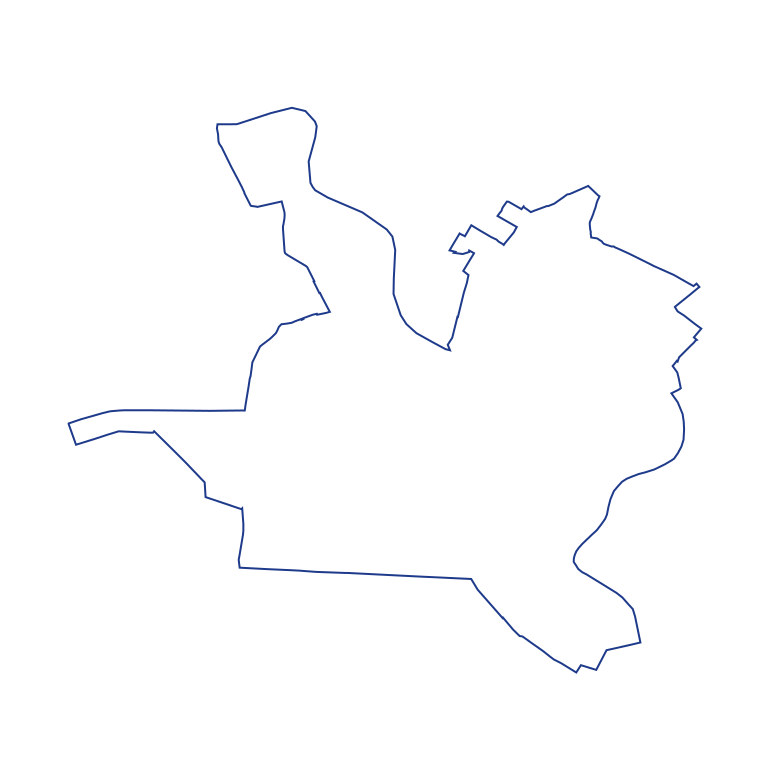 outline of Lubāna, Lubanas, Latvia, rotated 97°
{"feature_id": "27541924B15535016955578", "entity_name": "Lubāna", "entity_type": "district", "adm_level": 2, "iso_a3": "LVA", "parent_name": "Latvia", "parent_adm1": "Lubanas", "projection": "albers", "projection_center": [26.715, 56.896], "detail": "fine", "context": "isolated", "style": "outline", "palette": "blue", "viewbox_px": 768, "rotation_deg": 97, "n_neighbors": 0, "source": "geoboundaries", "source_scale": "gbopen_adm2", "svg_char_len": 4718}
<svg xmlns="http://www.w3.org/2000/svg" viewBox="0 0 768 768"><g transform="rotate(97 384 384)"><path d="M146.5,580.9L150.6,581.0L156.5,579.1L163.1,577.9L165.6,576.8L168.8,574.0L187.2,562.0L198.8,553.9L205.7,549.2L211.0,545.9L211.7,545.8L223.0,538.2L223.4,537.7L223.5,531.9L223.7,531.4L215.3,507.8L225.8,503.7L228.5,503.2L232.2,503.0L238.3,503.3L239.5,503.5L242.2,503.2L263.7,499.0L265.2,498.6L266.0,498.2L266.5,497.7L267.9,495.2L276.4,475.9L277.3,474.5L290.4,465.7L290.8,466.4L301.7,459.2L301.4,458.6L305.0,456.3L315.8,448.8L319.0,446.6L320.6,450.4L323.4,458.8L322.5,459.2L323.9,463.1L328.6,472.3L329.4,471.9L330.4,473.7L329.6,474.1L332.7,480.1L334.6,483.3L336.0,488.2L337.2,493.1L340.1,495.3L342.1,495.9L344.2,496.5L345.4,497.0L346.7,497.5L347.6,498.2L348.5,498.9L349.6,499.8L350.8,500.7L353.4,503.0L360.3,510.1L362.1,511.7L369.2,514.1L378.6,517.3L385.4,517.3L392.4,517.4L395.0,517.9L403.1,518.1L412.3,518.5L422.5,518.9L425.1,518.9L427.3,519.0L427.6,521.8L430.4,542.7L431.9,553.8L438.8,614.9L441.8,639.1L442.5,643.1L444.2,651.3L445.0,654.1L445.5,655.2L446.2,657.1L447.3,660.0L455.8,680.2L461.6,692.2L462.2,692.1L481.4,682.5L481.8,682.3L473.1,663.0L468.1,652.4L463.3,641.6L461.7,620.6L460.8,610.0L460.4,607.2L458.9,606.4L479.7,579.5L486.2,571.2L499.2,555.3L499.5,555.0L503.5,550.0L518.0,547.3L525.6,510.3L524.7,509.6L539.7,506.6L546.8,505.7L550.9,505.6L571.1,506.5L576.2,506.8L583.9,504.9L582.0,477.5L580.2,454.3L579.5,444.5L579.5,443.7L578.8,429.2L578.8,428.9L576.3,399.8L575.8,395.3L575.8,394.6L570.8,325.4L566.9,273.7L576.7,266.0L601.9,237.7L601.4,237.4L612.0,226.0L617.6,218.7L617.7,215.8L623.1,205.9L628.4,196.0L629.5,193.9L630.7,191.9L634.1,186.4L636.7,181.9L639.5,174.2L646.5,158.9L646.9,158.0L639.1,154.3L639.2,153.6L641.9,138.5L621.1,130.7L612.5,106.6L609.3,98.0L584.1,106.5L577.1,109.6L572.8,114.7L566.9,121.3L563.0,127.8L548.3,159.8L546.6,164.4L544.0,168.6L540.4,171.5L537.5,174.0L534.0,174.3L530.8,173.9L526.7,172.8L523.0,170.8L518.4,167.6L513.5,163.6L508.6,159.6L503.1,154.9L497.0,151.3L491.0,148.1L486.4,146.8L478.3,146.2L470.8,145.2L462.3,142.8L457.2,139.5L452.0,135.8L448.5,131.6L445.8,126.8L442.3,120.2L439.8,113.8L435.9,105.3L429.4,95.3L424.7,89.2L422.6,86.9L416.7,83.8L409.9,81.2L402.8,79.9L392.6,80.6L384.9,81.9L377.3,84.0L366.4,90.2L358.2,97.6L356.1,94.4L354.0,91.2L352.1,88.9L342.0,92.3L339.4,93.3L336.8,94.3L331.0,99.7L328.2,97.9L325.3,96.2L325.6,95.7L325.9,95.3L321.6,94.4L308.4,84.1L305.5,81.7L302.7,79.9L302.4,79.4L302.1,78.9L301.6,79.7L301.0,80.6L300.5,81.3L300.0,82.1L299.6,81.9L291.3,76.4L290.4,75.8L286.2,83.3L279.3,94.8L277.8,98.0L276.3,101.1L276.1,101.4L275.8,101.7L274.7,102.6L273.6,103.5L272.8,104.1L272.1,104.7L271.8,104.5L271.5,104.2L266.7,99.6L261.9,94.9L260.1,93.2L258.3,91.4L258.1,91.2L257.9,91.0L255.4,88.7L252.9,86.3L251.5,85.0L250.1,83.6L249.7,83.2L249.3,82.8L247.8,84.4L246.3,86.0L249.1,88.7L246.2,95.8L240.4,109.7L234.1,130.3L230.3,140.9L225.4,154.8L224.9,156.2L223.2,161.6L223.1,161.9L222.0,165.4L220.1,171.7L219.5,172.7L219.6,173.5L219.8,174.8L218.9,179.6L218.1,182.8L217.0,184.3L216.1,185.0L215.9,185.2L214.7,187.9L214.3,188.6L213.8,189.4L213.5,190.5L213.4,194.0L213.3,196.2L212.6,196.4L209.0,197.3L208.6,197.2L207.8,197.3L205.7,198.1L201.2,199.1L199.4,199.4L197.9,199.3L196.8,199.0L194.6,198.3L190.4,197.2L186.9,196.5L184.0,195.8L182.3,195.5L180.1,195.2L178.4,195.0L175.4,194.3L173.3,193.5L172.4,193.3L171.4,193.0L170.6,194.6L169.6,195.9L168.8,197.0L168.0,198.1L166.9,199.5L165.9,200.9L164.2,203.2L162.5,205.5L164.2,208.2L165.8,211.0L167.1,213.1L168.3,215.2L170.6,219.0L172.8,222.8L173.6,225.4L176.5,228.4L181.0,233.4L184.2,236.9L187.4,242.7L187.5,243.5L187.6,244.2L188.9,246.6L193.8,256.2L195.0,258.3L195.5,259.2L193.0,263.8L191.6,266.4L190.7,267.0L192.3,268.0L193.7,268.8L187.9,282.6L188.0,284.3L193.0,287.0L194.6,287.8L198.1,288.6L199.8,289.8L201.6,290.8L203.4,291.8L212.0,271.3L214.8,272.5L217.7,273.6L229.0,280.8L229.6,281.2L231.4,282.1L230.7,283.1L228.7,287.6L226.9,290.0L226.0,292.9L225.0,295.8L222.6,301.3L221.5,303.9L220.4,306.5L218.1,311.6L215.8,316.7L217.2,317.3L225.9,321.0L227.0,321.5L227.5,321.7L227.2,322.4L226.0,325.9L225.4,327.3L225.9,327.5L238.7,333.2L243.4,335.2L244.1,329.4L245.3,330.5L245.4,321.7L242.7,315.7L241.1,315.7L243.2,310.6L244.0,310.9L250.3,313.8L262.1,319.1L264.3,315.5L265.6,313.4L268.7,313.7L273.8,314.1L283.7,315.9L308.5,318.8L308.4,319.3L329.8,321.9L337.3,325.5L342.5,322.6L341.9,327.2L336.4,341.3L329.6,358.0L321.8,369.1L313.7,375.8L293.5,385.5L278.4,387.1L249.6,389.2L236.7,393.6L230.3,400.1L216.3,426.4L205.8,462.5L200.1,475.9L197.1,478.8L193.3,481.5L172.3,485.9L147.5,482.3L136.3,482.2L131.9,484.5L122.7,495.2L122.2,499.1L121.1,509.1L129.0,529.5L144.1,561.8L146.5,580.9Z" fill="none" stroke="#1e3a8a" stroke-width="2"/></g></svg>